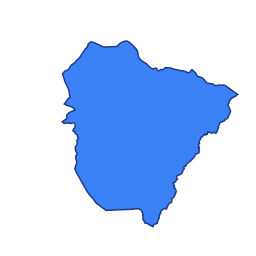 the district of Baringo North, Rift Valley, Kenya, rotated 208°
{"feature_id": "3690345B96976797039875", "entity_name": "Baringo North", "entity_type": "district", "adm_level": 2, "iso_a3": "KEN", "parent_name": "Kenya", "parent_adm1": "Rift Valley", "projection": "mercator", "projection_center": [35.764, 0.769], "detail": "fine", "context": "isolated", "style": "filled", "palette": "blue", "viewbox_px": 256, "rotation_deg": 208, "n_neighbors": 0, "source": "geoboundaries", "source_scale": "gbopen_adm2", "svg_char_len": 5684}
<svg xmlns="http://www.w3.org/2000/svg" viewBox="0 0 256 256"><g transform="rotate(208 128 128)"><path d="M136.8,192.0L137.6,192.2L138.9,192.2L140.0,192.8L141.2,193.3L142.2,193.5L143.7,193.4L144.9,193.6L145.9,193.8L147.2,193.7L148.2,194.0L148.8,194.1L149.3,194.2L149.9,194.5L150.4,194.8L151.1,195.1L151.4,195.3L152.2,195.9L153.1,196.9L153.8,197.7L154.5,198.9L155.7,200.1L157.3,201.3L159.4,202.2L161.1,202.7L163.5,203.5L165.6,203.9L167.1,204.3L168.9,204.4L170.2,204.1L171.3,203.3L173.0,201.6L174.5,199.5L175.1,198.0L175.6,196.5L175.9,194.9L187.6,188.0L197.9,187.5L201.2,186.7L201.7,185.6L202.2,184.6L202.6,183.4L202.2,182.0L202.1,180.5L202.3,179.4L202.6,178.2L203.0,177.2L202.8,176.2L202.8,175.4L203.3,174.6L203.3,173.4L203.2,172.4L203.4,171.4L203.6,169.8L203.7,168.5L203.8,167.4L204.1,166.2L204.5,165.2L204.9,164.0L205.2,162.8L205.6,161.7L205.5,160.9L206.2,159.7L206.7,158.7L207.3,157.5L207.6,156.3L207.7,155.4L207.9,153.9L207.8,152.8L208.3,151.4L209.1,150.2L209.9,149.5L210.5,148.3L210.9,146.5L211.4,145.3L205.8,139.7L198.1,133.8L193.8,128.1L193.4,127.3L194.4,126.5L194.8,125.3L194.8,124.2L194.9,123.1L195.1,121.7L195.4,120.3L195.5,119.3L194.4,119.4L193.3,119.2L192.0,119.3L190.9,119.8L189.5,119.9L187.9,120.1L186.5,120.2L185.0,119.7L183.5,119.4L183.8,118.2L184.9,116.8L185.8,115.9L186.5,114.8L187.3,113.4L187.7,112.1L188.2,110.8L187.6,109.5L186.8,108.3L186.5,107.2L187.2,106.2L187.8,105.1L188.3,104.0L188.9,103.0L189.0,102.6L188.0,102.6L187.2,102.1L186.2,102.2L185.8,102.6L185.4,103.2L184.2,103.7L182.9,104.4L182.0,104.8L181.0,105.2L180.1,105.3L179.4,106.3L178.3,107.3L177.0,106.9L176.1,106.2L175.8,105.1L175.1,104.0L175.3,102.9L175.6,101.9L175.1,100.9L175.6,100.0L174.3,99.3L172.8,99.7L172.4,98.8L171.1,98.2L169.5,97.9L168.8,97.4L168.5,96.5L167.4,96.4L167.4,95.5L167.2,94.6L167.4,93.6L167.4,93.3L167.2,92.9L166.7,92.1L166.0,91.4L165.5,90.3L165.4,89.9L165.2,88.5L165.6,87.2L165.6,86.0L164.9,85.3L164.6,84.5L163.9,83.9L163.2,83.0L162.4,82.4L161.5,82.0L161.0,81.7L160.7,81.6L160.6,80.8L161.0,79.9L160.8,78.8L160.2,77.2L159.2,75.9L158.1,74.9L157.1,73.9L155.8,67.1L155.0,66.4L154.1,65.7L153.7,65.3L153.2,64.9L134.4,52.8L132.1,51.7L130.1,50.8L127.7,49.8L126.3,49.4L125.1,49.0L123.4,48.0L121.4,47.0L120.2,46.6L118.7,46.5L117.4,46.3L116.6,46.1L115.4,45.9L114.3,45.8L113.8,45.7L113.3,45.6L112.4,45.5L111.3,45.4L110.0,45.1L108.7,44.9L89.8,56.1L86.0,58.3L84.9,59.0L84.1,59.9L83.5,60.2L83.1,60.4L82.3,60.7L81.4,61.3L80.3,61.9L79.2,61.6L78.8,61.6L78.3,61.8L77.5,61.6L76.8,61.2L76.2,60.4L75.2,60.0L74.5,58.8L74.1,57.8L73.2,57.3L72.9,56.2L72.3,55.4L71.9,54.2L70.5,53.9L69.8,52.9L68.8,52.9L68.3,52.0L66.8,52.6L65.3,52.8L64.1,52.5L62.9,52.6L61.4,52.8L60.6,52.5L60.3,52.5L59.5,52.8L60.0,53.6L59.8,55.0L59.0,55.8L58.4,56.6L57.5,57.7L58.0,59.2L58.1,60.3L58.2,61.4L58.2,61.8L58.2,62.6L58.2,63.2L58.9,64.3L59.0,65.5L59.6,66.4L59.0,67.5L59.5,68.8L60.0,69.9L59.8,71.0L59.5,71.2L59.1,71.7L59.0,72.8L58.2,73.8L57.3,74.4L56.3,74.1L56.0,75.1L56.3,76.3L56.2,77.3L56.5,78.1L56.4,79.0L56.1,80.0L56.4,80.9L55.7,81.7L54.7,82.6L54.8,83.5L55.0,83.9L55.1,84.3L55.6,85.0L56.1,85.8L56.0,86.2L56.0,86.9L55.8,87.2L55.5,87.4L55.2,88.4L55.1,89.6L55.1,90.6L55.3,91.6L55.2,92.6L55.4,93.2L55.6,94.0L55.8,94.9L56.5,95.5L57.4,96.2L58.6,97.0L59.8,97.4L59.7,98.7L60.9,99.5L61.6,100.2L62.4,100.7L61.6,101.7L61.0,102.5L60.8,103.6L60.9,105.2L60.2,105.8L61.3,106.6L62.2,107.7L62.1,108.9L61.7,109.8L60.8,110.5L60.1,111.4L59.4,112.4L59.1,113.8L59.3,115.5L59.7,116.7L59.2,117.9L59.4,118.7L60.2,119.4L60.2,120.4L59.2,121.3L59.2,121.9L59.3,123.0L59.1,124.3L58.6,125.4L58.1,126.1L57.9,127.2L57.3,128.1L56.9,129.4L56.7,130.4L56.6,131.4L56.3,132.0L56.0,133.1L55.9,134.1L55.9,134.7L56.0,135.0L55.9,136.0L55.8,136.8L55.3,137.4L54.5,138.3L53.8,139.1L54.0,140.5L55.0,141.3L54.8,142.5L55.0,142.8L55.4,143.0L56.2,143.2L56.9,144.1L56.1,144.4L56.5,144.8L57.0,145.2L57.4,145.6L57.7,146.0L58.0,146.8L57.5,147.8L58.4,148.7L58.7,149.8L58.9,151.0L58.8,152.2L58.9,153.1L59.3,153.7L58.7,154.6L58.0,155.8L58.2,157.1L57.3,157.7L56.6,158.1L57.0,158.9L55.8,158.8L55.1,159.5L55.2,160.7L55.7,162.0L54.6,162.2L53.4,162.7L52.0,162.5L51.5,163.3L50.5,164.0L49.4,164.6L48.4,164.4L47.9,165.1L47.6,165.5L47.8,166.1L47.8,166.4L47.7,167.4L48.2,168.7L48.3,169.8L48.2,170.7L49.0,171.3L49.1,172.6L49.0,174.0L49.4,175.1L48.9,176.0L48.5,177.2L47.3,178.2L46.6,179.0L46.0,180.3L46.1,181.3L45.6,181.9L45.0,182.8L44.6,184.0L44.7,185.1L45.1,186.0L44.8,186.8L44.8,187.8L45.0,188.3L45.1,188.8L45.2,189.3L45.2,189.7L45.1,190.1L45.4,191.0L46.3,191.9L47.4,192.8L48.2,193.6L49.0,194.0L49.4,194.2L50.0,194.7L50.4,195.2L50.8,195.7L50.5,196.8L50.6,197.4L50.9,198.2L51.1,199.4L51.1,199.8L51.1,200.3L50.9,201.7L50.2,203.0L50.0,204.0L49.1,205.0L48.6,205.8L48.4,206.1L48.1,206.5L47.7,207.3L47.6,207.7L47.3,208.5L46.9,209.1L61.9,211.1L63.7,210.9L64.5,210.3L65.3,209.7L66.9,209.2L68.0,208.7L68.7,208.0L69.7,207.1L70.9,206.3L72.3,206.6L73.0,206.7L73.6,206.6L74.1,206.5L74.6,206.4L75.6,206.1L77.2,205.5L78.0,205.2L79.5,204.9L80.7,205.1L82.0,205.7L83.5,206.4L84.7,206.8L86.0,207.1L87.0,207.0L88.3,206.7L89.7,206.5L90.5,206.2L91.4,206.7L92.7,207.2L93.6,208.0L94.7,208.6L96.0,208.7L97.2,209.0L98.1,209.7L99.1,209.3L99.3,208.8L99.4,208.6L99.5,207.8L99.5,207.0L99.9,205.7L101.1,204.9L103.0,204.9L104.0,204.8L104.6,204.7L105.3,204.6L105.7,204.5L106.6,204.2L107.7,203.7L108.2,203.5L108.9,203.2L109.8,203.0L110.5,202.8L111.9,202.4L112.9,202.2L114.0,201.9L115.6,201.2L116.7,201.4L118.4,201.0L120.8,200.1L122.0,199.5L123.3,198.8L124.1,197.2L124.7,195.6L126.6,195.1L126.9,194.2L127.4,193.1L128.0,192.6L128.6,192.8L129.4,193.2L130.5,193.9L131.4,194.0L132.1,193.5L132.7,192.7L133.6,192.1L134.0,191.9L134.6,191.7L135.8,191.6L136.3,191.8L136.8,192.0Z" fill="#3b82f6" stroke="#1e3a8a" stroke-width="1.5"/></g></svg>